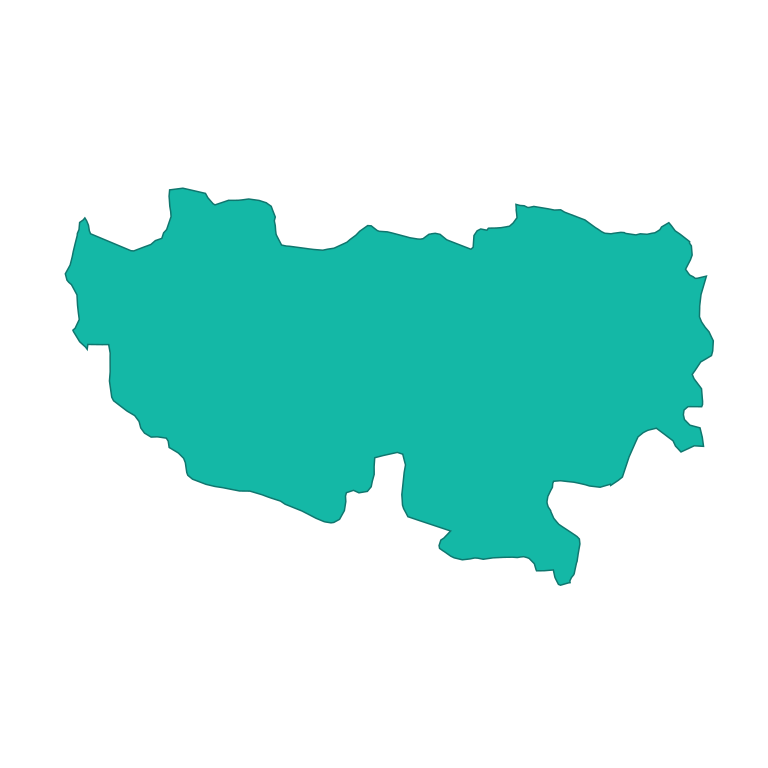 Santa, Al Gharbiyah, Egypt, rotated 274°
{"feature_id": "37247803B92664797200587", "entity_name": "Santa", "entity_type": "district", "adm_level": 2, "iso_a3": "EGY", "parent_name": "Egypt", "parent_adm1": "Al Gharbiyah", "projection": "orthographic", "projection_center": [31.113, 30.774], "detail": "fine", "context": "isolated", "style": "filled", "palette": "teal", "viewbox_px": 768, "rotation_deg": 274, "n_neighbors": 0, "source": "geoboundaries", "source_scale": "gbopen_adm2", "svg_char_len": 4783}
<svg xmlns="http://www.w3.org/2000/svg" viewBox="0 0 768 768"><g transform="rotate(274 384 384)"><path d="M514.1,698.1L511.3,689.1L511.1,687.1L512.5,685.0L513.9,681.6L515.3,680.2L519.5,676.8L529.2,681.0L534.1,682.4L543.2,681.0L545.9,678.9L547.3,679.0L553.4,670.0L554.3,668.6L557.1,663.8L562.0,659.6L564.8,656.9L562.0,652.8L560.0,649.9L557.2,648.5L555.1,645.7L553.7,643.6L553.1,640.9L551.7,636.0L551.7,629.1L550.3,624.9L551.0,615.6L551.1,614.5L551.8,613.1L551.8,609.7L550.4,602.7L549.7,600.0L549.8,593.7L551.2,590.3L553.3,586.8L554.7,584.1L558.2,578.5L561.7,573.0L562.4,570.6L568.0,552.2L570.1,548.1L569.4,541.9L570.2,535.6L570.7,530.4L571.3,524.0L571.6,521.1L570.2,516.2L570.2,514.8L571.6,511.4L571.6,507.2L572.4,503.1L568.2,503.7L566.8,503.7L563.3,504.4L559.1,505.1L558.1,504.4L553.6,501.6L550.1,498.1L549.7,496.2L549.4,495.3L548.1,489.8L547.4,484.9L547.0,480.1L546.7,477.3L544.6,475.9L545.4,469.7L543.3,466.2L538.4,463.4L526.6,463.4L524.5,461.3L531.8,437.8L532.3,436.4L537.2,429.5L537.9,424.6L537.2,421.1L536.9,420.2L536.5,418.4L531.7,412.8L531.0,410.0L531.0,407.4L531.7,399.6L532.4,396.2L535.2,381.6L536.0,376.8L536.0,370.6L536.0,368.5L536.7,366.4L540.9,360.2L540.9,356.7L534.7,349.1L530.5,345.6L525.7,340.0L522.9,337.2L521.7,335.1L516.0,324.7L514.6,318.5L513.2,313.6L513.3,304.6L513.6,298.7L513.7,297.7L514.8,280.4L514.8,279.5L514.8,276.9L515.5,272.1L524.5,266.6L525.9,265.9L529.4,265.2L534.3,264.5L536.2,264.0L538.0,263.5L539.2,263.2L540.9,263.5L543.0,263.9L549.8,260.7L553.4,259.1L555.7,255.3L556.6,253.9L557.0,252.2L558.4,246.6L559.1,236.2L558.7,234.1L557.7,229.3L557.1,225.8L556.7,221.0L556.4,216.1L553.0,208.0L550.9,202.9L551.9,200.9L554.7,198.1L557.5,195.3L561.7,192.6L562.0,190.7L563.8,179.4L565.3,169.7L562.9,157.7L562.7,156.6L556.3,156.5L553.1,157.0L546.5,157.9L541.0,159.2L536.1,159.9L522.9,156.4L519.4,153.6L513.8,152.2L511.1,145.9L506.9,141.7L503.8,134.8L499.3,125.1L499.3,122.3L513.4,80.8L516.2,79.4L521.8,78.1L526.0,76.0L528.8,74.0L526.7,72.5L523.9,69.1L518.3,69.0L516.9,69.0L515.1,68.4L512.8,67.6L510.7,67.6L503.0,66.2L494.7,64.8L489.1,64.1L480.8,62.6L471.7,58.4L465.5,60.5L463.4,62.5L461.3,65.3L451.5,71.5L441.1,72.8L433.4,74.2L427.1,75.5L418.1,72.0L416.0,69.9L414.6,70.6L404.9,77.5L400.0,83.7L397.9,85.5L402.8,85.8L403.6,99.8L404.1,106.6L395.7,108.7L391.9,108.9L376.9,110.0L367.9,109.9L351.9,113.3L348.4,115.4L339.3,129.2L338.8,130.1L335.1,137.5L329.5,142.3L323.2,144.4L318.3,148.5L314.8,155.4L315.5,161.6L314.8,170.6L312.0,172.7L305.7,174.1L302.2,181.0L300.8,183.7L295.9,189.3L291.7,191.3L282.0,193.4L280.2,194.2L279.2,194.7L275.7,199.6L271.5,213.4L270.0,222.4L269.3,230.7L268.7,235.3L267.2,247.4L267.8,257.7L265.0,270.2L263.4,275.5L262.2,279.9L260.0,288.9L257.2,293.7L251.6,311.0L245.3,325.6L242.5,333.9L242.3,335.2L241.8,340.8L242.4,343.6L245.2,348.0L245.9,349.1L254.9,353.3L264.0,354.1L269.5,353.4L273.0,354.1L273.5,355.4L275.8,361.0L273.7,366.6L275.7,374.9L280.6,378.4L286.1,379.1L293.1,380.5L296.1,380.3L300.8,379.9L304.9,379.9L309.8,379.9L312.6,388.2L316.7,402.1L315.3,407.6L308.3,409.9L304.8,411.1L297.2,410.3L277.3,409.6L274.9,409.5L270.0,410.2L264.5,410.9L261.0,412.3L256.8,415.0L253.3,417.1L250.2,428.9L243.8,453.8L242.0,460.7L234.4,454.4L232.3,451.6L226.7,450.2L223.9,450.9L221.8,454.3L221.3,455.3L216.9,462.6L215.5,466.1L214.8,470.3L214.1,474.4L215.5,482.0L216.6,485.9L216.8,486.9L216.8,489.7L216.1,495.2L218.2,504.9L219.5,516.0L220.2,524.3L220.2,529.2L220.9,532.0L221.5,535.4L220.8,538.9L220.1,541.0L215.2,546.5L209.7,548.5L208.3,549.2L208.9,556.8L210.3,565.9L203.3,567.9L201.9,568.6L196.3,572.0L195.6,574.1L198.4,581.7L198.8,583.5L200.5,583.1L204.0,584.5L207.0,586.6L208.2,587.0L212.0,587.5L218.9,588.5L220.6,589.0L223.7,589.2L225.9,589.4L227.6,589.5L238.1,590.6L243.0,589.7L245.3,587.2L248.7,581.4L254.2,571.6L256.2,568.2L257.2,567.2L258.3,566.1L261.9,562.7L266.3,560.4L268.2,559.4L269.3,559.1L273.0,556.3L276.5,555.0L278.3,554.8L283.4,555.3L284.3,555.7L287.6,557.0L289.6,557.8L292.6,559.2L296.8,559.3L298.8,560.0L299.8,566.4L299.8,567.7L299.5,573.9L299.3,580.1L298.6,585.5L297.6,591.8L296.6,596.1L296.1,606.8L299.8,616.8L298.6,617.2L304.2,624.4L307.8,628.3L328.5,633.6L343.2,638.9L349.0,641.1L353.5,645.9L354.7,647.8L356.2,650.4L356.7,651.8L358.9,658.8L347.5,676.3L342.4,679.1L340.6,681.1L336.9,685.0L344.0,697.8L344.1,707.1L351.8,705.5L353.2,705.2L362.3,702.3L363.2,697.6L364.3,692.0L369.5,686.2L374.2,684.8L376.1,684.9L378.9,685.1L381.5,687.7L382.6,688.9L382.8,691.4L383.0,694.8L383.2,697.6L383.5,702.5L385.8,703.2L389.1,703.0L391.4,702.6L401.4,701.1L410.9,692.9L415.1,690.8L419.1,693.3L420.0,693.8L428.1,698.4L435.2,708.7L439.9,709.6L450.0,709.5L454.4,707.0L458.7,704.6L462.3,701.1L463.0,700.4L468.0,696.5L473.0,694.0L482.0,693.6L483.2,693.5L484.2,693.5L495.3,694.0L514.1,698.1Z" fill="#14b8a6" stroke="#0f766e" stroke-width="1.5"/></g></svg>